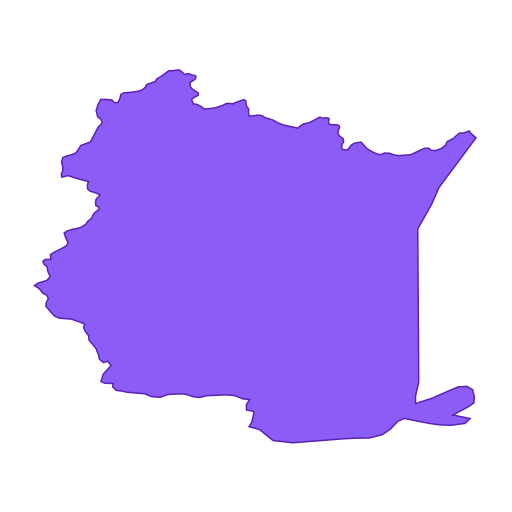 Kecil Lojing, Kelantan, Malaysia, rotated 89°
{"feature_id": "92858781B76636493709189", "entity_name": "Kecil Lojing", "entity_type": "district", "adm_level": 2, "iso_a3": "MYS", "parent_name": "Malaysia", "parent_adm1": "Kelantan", "projection": "equal_earth", "projection_center": [101.527, 4.769], "detail": "fine", "context": "isolated", "style": "filled", "palette": "violet", "viewbox_px": 512, "rotation_deg": 89, "n_neighbors": 0, "source": "geoboundaries", "source_scale": "gbopen_adm2", "svg_char_len": 3507}
<svg xmlns="http://www.w3.org/2000/svg" viewBox="0 0 512 512"><g transform="rotate(89 256 256)"><path d="M134.7,40.6L136.6,46.0L136.6,50.4L140.2,54.8L141.8,56.3L143.8,60.4L145.1,63.0L148.4,64.4L151.5,68.5L152.3,70.4L153.7,74.4L153.4,79.2L151.2,81.4L151.2,85.5L152.9,89.6L155.1,94.4L157.3,99.2L157.8,105.1L158.1,111.4L157.5,115.8L155.6,120.6L155.3,125.8L157.0,130.2L155.6,134.3L154.2,137.2L150.9,142.8L147.9,145.7L147.1,146.1L144.0,149.1L144.6,153.9L145.1,156.1L147.3,159.4L150.1,161.2L151.7,164.2L150.6,168.3L146.2,168.3L143.5,166.4L140.2,166.8L137.7,170.1L135.2,172.0L131.1,171.2L128.9,170.1L126.7,170.9L126.1,173.8L126.1,177.9L125.3,180.5L123.7,181.2L119.8,180.5L119.0,183.4L119.5,187.1L118.2,189.7L122.8,198.6L123.9,201.5L124.8,206.3L127.2,210.0L128.9,211.9L125.3,227.0L122.8,232.6L120.4,236.6L119.0,240.7L117.8,244.6L115.9,247.4L115.3,249.8L115.2,252.9L115.9,256.4L115.9,260.2L113.9,260.9L110.8,260.9L108.6,260.9L106.5,262.6L104.1,263.3L100.7,263.5L99.5,265.4L100.5,268.7L101.4,271.6L102.3,273.9L103.5,276.8L102.8,280.8L103.2,283.6L104.6,286.0L106.5,291.9L107.2,294.7L107.9,300.4L107.9,302.8L108.3,304.7L105.8,308.0L103.4,312.2L102.7,316.3L100.5,316.7L98.1,317.7L96.5,315.1L94.4,311.1L92.1,310.8L90.5,313.0L88.4,316.3L87.0,317.7L85.4,318.6L84.0,318.9L81.5,319.1L79.2,315.3L78.0,313.7L76.6,313.0L74.8,313.2L73.8,317.0L72.5,320.1L72.9,322.7L73.0,324.5L71.3,326.2L69.7,327.9L68.6,329.5L68.8,333.1L69.3,335.4L69.2,339.9L74.6,347.5L77.4,352.3L79.6,353.4L81.2,357.9L82.6,362.3L85.4,363.8L87.6,366.4L89.0,370.1L90.1,377.8L90.6,385.2L92.0,388.2L96.1,389.3L100.2,391.5L100.2,394.8L97.5,397.4L96.9,401.9L96.7,408.5L98.9,409.7L101.3,411.1L107.7,413.3L114.0,411.9L116.5,408.9L119.2,407.4L121.7,408.5L124.2,411.5L130.3,414.8L135.2,417.4L139.1,419.6L142.4,429.2L147.6,432.6L149.8,434.4L151.5,438.1L152.6,443.3L154.2,447.4L158.6,448.8L163.6,447.7L167.7,447.7L170.2,449.2L173.8,448.8L172.4,442.5L175.7,432.6L177.6,425.9L178.7,422.2L181.8,423.3L185.9,423.3L188.4,420.7L189.5,416.7L191.9,411.1L194.4,412.6L196.1,414.8L199.9,415.6L203.0,415.2L204.6,412.2L206.5,412.2L209.8,416.3L211.2,417.8L214.5,419.3L216.5,421.1L218.4,423.7L220.9,425.2L223.1,428.5L224.7,431.5L226.1,438.8L227.7,444.4L229.7,447.4L234.6,445.9L239.3,443.7L242.6,445.5L244.8,449.6L245.6,451.1L248.7,457.7L250.9,461.4L255.8,461.4L255.8,467.0L257.8,469.2L261.1,467.7L263.0,465.1L266.3,464.7L269.9,463.6L272.6,462.1L276.5,465.1L277.9,469.5L279.2,474.3L281.7,478.0L285.0,473.2L289.7,469.5L291.6,465.8L294.9,464.4L299.1,466.6L302.4,467.0L309.0,461.8L312.8,458.1L314.8,453.3L315.9,441.4L317.8,436.6L319.4,432.2L321.1,428.5L324.4,429.6L328.8,427.8L332.7,424.8L337.3,424.4L345.3,417.8L351.3,415.5L356.5,414.3L359.9,410.3L358.6,406.2L362.9,402.8L371.5,410.8L378.9,413.2L380.6,409.1L381.0,401.0L384.4,401.6L387.9,398.1L388.7,392.4L390.0,387.2L390.9,378.5L391.8,369.8L394.8,362.9L395.6,354.2L393.0,346.7L392.6,338.6L392.6,331.7L393.5,327.1L395.6,321.3L396.5,315.0L394.8,307.4L394.3,288.4L395.2,279.7L398.6,271.6L399.5,264.7L404.2,268.2L409.8,268.2L411.1,261.8L412.0,260.7L421.9,263.0L426.6,265.9L427.6,262.2L429.6,255.5L440.8,242.2L443.4,222.5L440.3,171.7L439.9,160.2L439.9,145.7L436.9,133.0L431.7,125.0L423.6,116.9L421.0,110.5L424.0,97.3L426.6,84.6L427.9,75.9L428.7,64.3L427.0,49.9L422.3,44.7L418.4,62.0L411.1,47.6L406.8,40.7L400.7,40.1L393.4,41.8L390.0,47.6L390.4,56.3L395.6,69.0L401.2,82.2L406.3,99.0L399.0,99.0L384.8,95.5L231.7,93.8L207.2,79.4L190.8,71.9L141.7,34.0L139.4,36.4L136.9,39.3L134.7,40.6Z" fill="#8b5cf6" stroke="#5b21b6" stroke-width="1.5"/></g></svg>